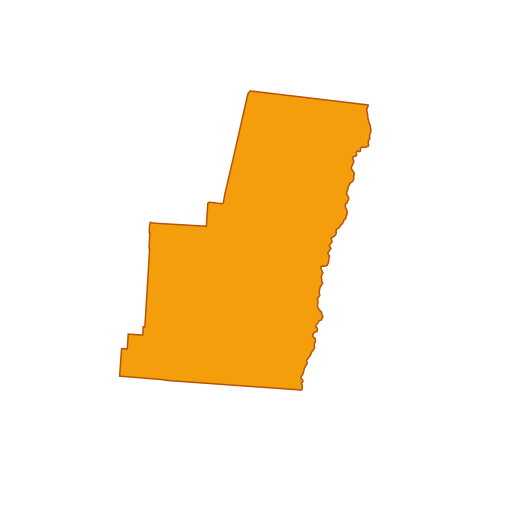 the district of San Miguel, Buenos Aires, Argentina, rotated 322°
{"feature_id": "61730980B42310570317073", "entity_name": "San Miguel", "entity_type": "district", "adm_level": 2, "iso_a3": "ARG", "parent_name": "Argentina", "parent_adm1": "Buenos Aires", "projection": "mercator", "projection_center": [-58.67, -34.554], "detail": "fine", "context": "isolated", "style": "filled", "palette": "amber", "viewbox_px": 512, "rotation_deg": 322, "n_neighbors": 0, "source": "geoboundaries", "source_scale": "gbopen_adm2", "svg_char_len": 3382}
<svg xmlns="http://www.w3.org/2000/svg" viewBox="0 0 512 512"><g transform="rotate(322 256 256)"><path d="M76.4,264.7L74.6,266.7L105.6,295.3L110.6,300.5L163.5,348.3L209.4,389.7L209.9,389.5L210.8,388.8L211.3,388.3L211.7,387.9L212.1,387.5L212.4,386.8L212.9,386.1L213.1,385.5L213.6,384.1L215.3,384.0L215.9,383.6L216.4,382.7L216.4,381.9L216.1,381.1L216.5,379.2L217.1,378.9L219.6,378.2L220.2,377.8L222.3,376.5L223.3,375.6L224.5,374.6L226.0,373.8L226.9,373.4L228.3,373.0L229.2,372.6L230.0,372.4L230.6,371.7L230.8,371.1L231.1,370.0L232.3,369.1L233.6,368.9L234.7,368.6L235.8,368.3L236.9,368.0L238.0,367.7L238.4,367.4L238.8,367.1L239.7,366.4L241.1,365.9L241.9,365.8L242.7,365.5L243.4,365.3L244.4,365.0L245.6,364.4L246.0,364.0L246.3,363.3L247.0,362.1L247.8,361.2L248.3,360.8L248.9,360.6L249.6,360.2L250.3,359.8L251.0,359.0L251.6,358.2L251.8,356.8L251.3,355.7L251.1,355.1L251.4,354.1L252.1,353.3L253.3,352.5L254.0,352.3L255.8,352.1L256.3,352.5L257.1,353.0L258.2,352.8L259.8,350.8L259.7,349.9L259.6,348.9L260.0,348.0L260.7,347.4L261.4,347.3L263.0,347.0L266.1,345.9L267.0,346.3L267.9,346.6L268.9,346.2L271.2,345.2L271.4,344.7L271.7,343.6L271.9,342.9L272.3,342.2L273.0,340.5L272.8,338.7L272.8,337.4L273.0,334.3L273.9,332.9L275.4,331.6L276.7,330.1L277.1,329.5L278.0,327.5L278.7,327.3L280.9,326.7L282.2,326.1L282.5,325.5L282.7,324.9L283.2,323.5L284.3,322.6L285.4,321.8L285.8,321.4L286.3,320.8L287.4,320.0L288.7,319.6L289.8,319.1L290.9,318.9L291.8,318.3L292.0,317.5L292.3,316.6L292.9,315.7L293.4,314.8L294.0,313.5L294.7,312.5L295.1,312.2L296.2,311.5L297.2,310.8L298.5,310.5L298.8,308.3L299.3,306.4L300.5,304.5L301.4,304.5L302.2,305.0L304.4,306.7L306.6,307.1L309.7,305.3L311.8,302.7L313.8,301.4L314.0,299.2L314.4,297.8L319.7,296.2L319.9,294.7L320.2,292.8L324.7,291.6L326.2,288.2L330.4,288.6L332.6,288.0L333.7,286.8L335.2,284.7L338.9,284.8L340.0,284.5L342.0,283.8L343.9,283.8L347.7,281.8L349.6,281.8L350.6,281.1L351.4,280.0L352.1,279.8L353.3,279.1L354.1,278.6L354.7,277.8L355.4,276.2L356.1,275.0L356.1,274.1L356.8,272.0L357.9,270.9L358.8,270.0L360.0,270.2L360.8,270.0L361.8,269.3L362.7,268.9L363.9,268.4L364.8,267.1L365.1,266.3L365.2,265.1L365.5,263.6L366.6,261.6L367.5,261.1L368.6,260.5L369.2,260.2L370.0,259.5L370.5,258.9L371.5,258.0L373.4,257.4L374.2,257.0L374.8,256.6L377.1,256.7L378.4,256.6L380.1,255.8L381.1,254.7L381.3,254.2L382.1,253.2L383.0,252.6L384.1,251.8L384.7,249.7L384.8,248.0L384.8,247.2L385.1,245.7L386.4,244.4L387.7,243.9L389.2,243.0L390.0,242.5L391.4,241.6L391.9,239.9L392.2,238.8L392.9,237.7L393.6,237.5L395.1,238.3L397.2,238.7L397.7,238.0L398.0,237.3L399.1,235.9L399.8,235.6L401.1,236.5L401.7,237.4L402.5,237.7L403.6,236.8L404.1,236.2L405.0,235.4L406.9,235.5L407.5,236.4L408.8,237.7L410.4,237.8L411.4,238.6L413.0,238.1L413.3,237.5L414.1,235.8L415.1,234.8L416.1,234.2L416.7,234.0L418.0,233.4L418.7,232.4L419.4,231.3L420.3,230.5L420.9,230.1L422.5,229.1L423.3,228.5L424.5,226.7L426.5,223.1L426.9,221.4L427.5,219.6L428.5,217.7L429.7,215.1L430.7,213.9L431.9,211.7L432.4,210.3L433.5,208.7L436.0,207.2L437.4,206.1L353.0,122.3L349.2,123.4L299.7,163.8L268.9,188.6L263.4,193.7L262.2,194.1L261.2,193.7L252.4,184.9L251.4,184.6L250.4,184.9L235.2,202.0L195.5,167.0L193.4,164.4L190.1,167.2L186.2,172.0L186.6,172.4L176.7,183.8L177.1,184.2L166.7,196.1L124.8,243.4L123.5,242.3L118.1,248.6L107.2,238.9L97.3,250.0L93.1,246.2L76.4,264.7Z" fill="#f59e0b" stroke="#b45309" stroke-width="1.5"/></g></svg>